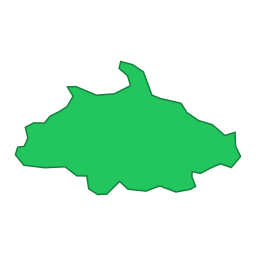 the district of Khanka, Khorezm, Uzbekistan
{"feature_id": "79887680B75905541481130", "entity_name": "Khanka", "entity_type": "district", "adm_level": 2, "iso_a3": "UZB", "parent_name": "Uzbekistan", "parent_adm1": "Khorezm", "projection": "mercator", "projection_center": [60.745, 41.441], "detail": "fine", "context": "isolated", "style": "filled", "palette": "green", "viewbox_px": 256, "rotation_deg": 0, "n_neighbors": 0, "source": "geoboundaries", "source_scale": "gbopen_adm2", "svg_char_len": 733}
<svg xmlns="http://www.w3.org/2000/svg" viewBox="0 0 256 256"><path d="M15.4,154.8L23.8,165.2L44.6,167.7L65.1,166.8L76.8,175.8L86.8,176.0L88.7,188.8L97.6,194.5L106.9,194.1L119.6,181.4L128.0,189.2L146.0,191.1L159.7,185.9L175.9,192.0L190.4,189.3L195.6,186.4L191.8,176.5L192.3,171.7L200.4,173.4L211.4,167.6L220.5,163.9L231.3,167.5L240.6,156.5L235.6,146.3L235.0,132.3L224.9,135.5L212.4,124.7L198.4,120.5L186.9,112.5L181.0,103.3L160.4,98.5L151.9,95.1L143.4,71.9L132.9,64.8L120.7,61.5L119.1,68.5L127.5,75.6L130.6,85.6L114.3,93.8L96.4,95.2L76.0,86.6L67.4,86.9L73.1,96.2L67.0,106.6L59.2,111.6L50.1,116.1L44.4,123.1L33.8,122.9L25.3,127.3L27.9,138.0L24.3,146.3L17.7,147.2L15.4,154.8Z" fill="#22c55e" stroke="#15803d" stroke-width="1.5"/></svg>